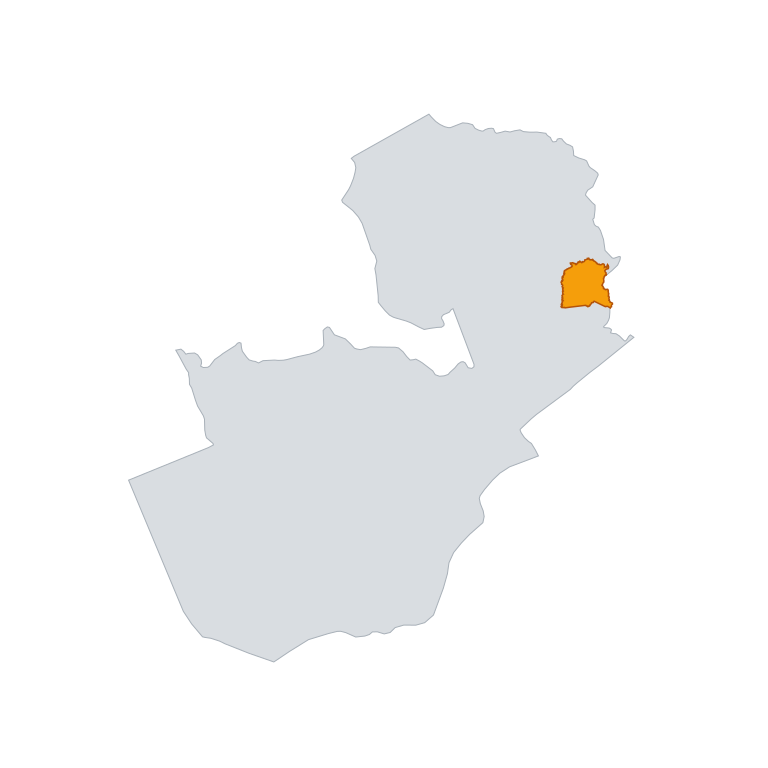 location of Lumezi, Eastern, Zambia, rotated 340°
{"feature_id": "96606910B53587891275683", "entity_name": "Lumezi", "entity_type": "district", "adm_level": 2, "iso_a3": "ZMB", "parent_name": "Zambia", "parent_adm1": "Eastern", "projection": "orthographic", "projection_center": [32.613, -12.696], "detail": "fine", "context": "in_parent", "style": "filled", "palette": "amber", "viewbox_px": 768, "rotation_deg": 340, "n_neighbors": 0, "source": "geoboundaries", "source_scale": "gbopen_adm2", "svg_char_len": 9353}
<svg xmlns="http://www.w3.org/2000/svg" viewBox="0 0 768 768"><g transform="rotate(340 384 384)"><path d="M504.5,504.4L473.6,504.8L462.4,507.4L453.2,511.4L442.4,517.5L436.1,521.8L434.4,524.1L433.6,529.3L433.8,537.1L432.8,542.8L429.5,548.1L413.0,554.6L402.3,559.9L391.8,566.2L383.9,574.2L378.7,584.0L369.9,596.2L351.5,618.0L340.6,622.2L331.4,621.5L320.1,617.3L311.2,616.7L304.8,619.6L298.7,618.9L293.0,614.6L288.3,613.0L284.6,614.4L279.8,614.3L270.9,612.1L263.1,604.6L258.8,601.6L255.6,600.5L246.5,599.5L225.6,598.4L204.1,602.9L185.4,607.5L165.3,591.1L145.8,573.8L141.6,569.4L134.3,563.7L129.1,560.9L127.0,559.5L121.2,543.7L117.7,529.0L111.1,387.0L197.3,383.7L202.9,382.9L203.0,381.4L198.8,373.9L198.9,371.2L199.8,366.1L203.3,355.6L203.4,352.2L201.3,341.0L201.3,334.8L201.9,322.1L201.1,317.8L203.0,312.1L203.6,308.2L204.3,306.6L203.2,302.3L201.0,287.3L199.9,281.0L205.1,281.8L206.9,284.8L208.0,288.2L210.4,288.3L216.6,290.1L218.9,292.9L220.5,298.8L219.7,302.0L217.8,304.5L219.8,306.7L224.0,308.0L226.4,307.5L233.3,303.1L239.7,301.4L243.0,300.3L257.4,297.1L260.2,295.6L262.2,295.5L263.6,296.7L262.5,301.0L262.1,304.8L264.1,311.9L265.5,315.2L268.6,317.6L270.8,318.8L273.3,321.3L278.3,320.7L289.4,324.1L292.8,325.7L297.5,327.2L300.8,327.8L312.2,328.8L324.3,330.5L330.6,330.6L335.0,329.9L338.1,328.8L339.9,327.6L340.8,326.6L345.1,312.9L347.3,311.8L350.3,311.0L352.1,312.2L354.2,320.8L363.1,328.4L366.2,334.8L368.5,340.3L370.4,341.8L373.7,343.7L379.0,344.3L383.7,344.4L407.3,353.4L410.0,355.1L412.9,360.2L414.7,365.9L416.7,370.4L419.7,371.2L422.4,371.5L425.1,374.5L427.2,377.2L434.3,388.3L435.3,392.8L438.8,395.7L443.3,396.9L447.5,397.0L450.0,395.6L455.9,393.2L460.5,390.5L463.9,389.6L466.0,390.1L467.5,391.9L468.6,397.5L471.9,399.4L474.4,398.6L475.3,396.4L475.3,395.3L474.6,336.8L472.5,337.2L469.8,338.9L463.6,339.2L461.2,340.5L460.5,342.3L461.0,344.8L461.1,348.1L460.2,349.6L457.5,350.3L453.6,349.1L446.4,347.5L440.4,346.5L436.1,342.2L430.2,335.7L426.4,332.4L417.1,325.6L415.5,324.3L412.7,321.1L410.2,315.7L407.9,309.4L406.6,305.3L408.7,299.1L413.8,278.8L414.9,272.4L419.3,266.0L419.6,260.2L417.7,252.9L418.1,248.8L418.4,225.6L417.1,218.3L414.0,210.3L407.2,199.1L407.2,196.7L417.3,189.2L420.4,186.3L425.7,180.3L429.2,175.2L431.5,171.1L432.2,165.8L430.4,160.8L433.9,159.7L518.5,145.8L519.8,149.3L522.4,155.0L525.3,159.2L528.9,162.9L532.1,165.1L534.1,165.8L547.2,165.5L551.9,167.7L555.9,170.6L557.0,175.0L559.7,177.8L562.6,179.9L563.8,180.2L566.0,179.6L569.4,179.6L572.7,180.5L574.2,181.5L574.4,185.2L575.4,186.9L579.8,187.5L584.3,187.8L588.6,190.3L593.3,190.7L598.7,191.7L601.3,194.5L607.1,197.2L614.1,199.7L621.9,203.8L622.0,205.1L623.3,207.5L624.7,209.3L624.8,211.8L625.5,214.2L627.4,214.8L629.1,214.9L630.6,213.2L632.7,213.3L634.9,214.4L635.7,217.1L637.5,220.8L640.4,223.3L642.3,225.7L641.6,230.2L640.4,234.2L644.3,238.2L649.3,242.0L650.7,243.7L651.1,249.3L651.8,251.2L655.2,255.9L656.9,259.0L656.8,260.8L647.6,270.1L641.9,271.5L639.4,273.4L637.9,275.4L641.6,284.6L643.5,288.1L641.9,292.5L638.2,299.9L636.5,300.6L636.2,306.2L637.3,308.3L639.1,309.9L639.9,313.8L639.7,323.3L637.4,334.1L641.5,343.5L642.9,344.5L648.6,344.6L649.6,345.4L648.2,348.1L644.2,352.2L636.9,355.4L626.5,359.0L624.3,362.4L622.9,367.3L624.1,370.3L625.4,371.9L625.0,376.3L624.1,380.8L624.4,384.4L623.9,387.6L622.5,389.2L620.7,394.0L618.5,398.8L616.7,401.0L614.1,403.3L610.0,405.2L610.0,406.2L614.7,408.4L615.9,409.9L616.3,411.0L614.4,413.4L616.5,414.9L619.2,416.1L621.6,419.3L624.5,425.4L625.0,426.0L625.8,426.1L627.3,425.4L630.2,423.0L632.3,422.1L634.8,425.6L591.4,440.5L581.2,443.6L566.0,448.9L561.1,450.8L557.2,452.8L517.0,464.7L510.7,467.0L496.5,473.1L496.1,474.1L496.2,476.8L497.6,482.4L500.1,487.4L502.2,490.3L503.7,497.8L504.5,504.4Z" fill="#d9dde1" stroke="#a8b0b8" stroke-width="1"/><path d="M591.9,339.6L591.8,340.4L591.5,340.5L591.4,340.6L591.5,340.9L591.5,341.3L591.6,341.8L591.4,341.9L591.2,341.8L591.0,341.5L590.8,341.6L590.8,341.8L590.9,342.1L590.7,342.5L590.8,342.9L590.4,342.9L590.2,342.9L589.7,343.3L589.6,343.5L588.8,343.9L588.8,344.2L589.1,344.2L589.1,344.4L588.9,344.9L588.6,344.9L588.2,344.6L588.1,345.2L587.5,345.3L587.5,345.5L587.7,346.1L587.7,346.7L587.0,347.2L587.1,347.3L587.4,347.3L587.6,347.4L587.6,347.6L587.4,347.7L586.5,347.7L586.3,347.9L586.6,348.3L586.6,348.5L586.3,348.5L585.7,348.4L585.4,348.9L585.2,349.1L585.2,349.4L585.4,350.3L585.1,350.9L585.0,351.1L585.3,351.5L585.6,351.8L585.7,352.2L585.6,352.5L585.4,353.0L584.8,353.2L584.7,353.4L584.8,353.9L584.7,354.4L585.2,354.8L585.3,355.0L585.1,355.1L584.7,355.0L584.5,355.4L584.7,355.9L584.2,356.3L584.2,356.5L584.3,357.0L583.6,357.7L583.7,357.8L584.2,357.9L584.3,358.1L584.0,358.3L583.7,358.4L583.4,358.6L583.2,359.0L583.1,359.8L582.9,360.1L583.2,360.9L582.5,360.9L582.3,361.3L581.5,361.8L581.5,362.1L581.8,362.2L581.8,362.3L581.5,362.3L581.4,362.4L581.4,362.9L581.3,363.2L580.9,363.6L580.8,363.8L580.9,364.2L580.8,364.4L581.3,364.3L581.2,364.7L580.9,364.7L580.7,365.3L580.4,365.3L580.4,365.5L580.1,365.7L580.2,365.8L580.5,365.7L580.5,366.1L580.7,366.3L580.6,366.5L580.8,367.0L580.6,367.0L580.2,366.5L579.9,366.6L579.8,366.9L580.0,367.3L579.8,367.6L579.5,367.8L579.4,367.9L579.5,368.4L579.4,368.6L579.2,368.7L578.8,368.8L578.6,369.0L578.7,369.5L578.2,369.8L577.9,369.7L577.8,369.8L577.8,370.0L578.3,370.0L578.6,370.1L578.8,370.4L578.8,370.7L578.6,370.9L578.3,371.0L577.7,370.8L577.6,371.0L578.0,371.4L578.0,371.7L577.8,371.8L577.6,372.1L577.1,371.9L576.8,372.0L577.2,372.9L577.4,372.9L577.4,373.0L577.7,373.2L578.3,373.3L578.6,373.5L579.0,373.6L579.2,373.8L579.5,373.8L579.6,373.7L580.0,373.9L580.1,374.3L580.3,374.4L585.4,375.5L600.3,379.0L600.6,379.2L600.6,379.4L600.8,379.5L600.9,379.9L601.1,380.0L601.3,380.0L601.7,380.2L601.7,380.5L601.9,380.6L601.9,381.0L602.3,381.1L602.6,381.1L602.7,380.8L602.8,380.8L603.4,381.0L603.6,380.9L603.6,381.0L603.8,381.0L604.2,380.8L604.2,380.7L604.4,380.7L604.7,380.3L604.8,380.2L604.9,379.9L605.1,379.9L605.3,379.8L605.6,379.7L606.4,379.4L606.5,379.2L606.9,378.6L607.6,378.6L607.8,378.7L607.9,378.9L608.4,379.0L608.6,378.9L609.5,378.1L609.8,378.1L618.4,387.0L618.8,387.1L619.0,387.0L620.8,387.6L622.7,390.0L623.1,389.6L623.5,389.3L624.1,389.2L624.0,388.9L624.3,388.7L624.6,387.8L625.1,387.4L626.0,387.1L626.3,386.2L625.8,385.5L625.3,385.2L625.1,384.9L624.7,384.8L624.4,384.5L624.4,384.1L624.6,383.7L624.5,383.3L624.4,383.1L624.3,382.4L624.1,382.3L624.6,381.8L624.4,381.1L624.5,380.7L624.9,380.3L625.0,379.9L625.2,379.7L625.3,379.4L625.3,378.8L624.8,378.4L624.8,378.2L625.0,377.9L625.1,378.0L625.2,377.6L625.4,377.4L625.3,377.2L625.6,376.6L625.9,376.4L626.1,376.1L625.9,375.5L626.1,375.1L626.1,374.8L626.4,373.8L626.3,373.4L626.7,373.0L626.8,372.3L626.5,371.9L626.5,371.5L625.8,371.2L625.4,371.3L624.7,371.1L624.3,371.1L624.2,371.0L623.8,370.2L623.3,369.9L623.2,369.6L622.9,369.4L623.3,368.6L623.3,368.2L623.1,367.6L622.9,367.0L622.9,366.5L622.8,366.3L622.5,365.8L622.6,365.6L623.0,365.5L624.3,364.0L625.2,363.6L625.4,363.3L625.5,362.8L625.9,362.4L625.9,361.8L626.0,361.5L626.0,361.2L626.4,360.2L626.4,359.9L626.7,359.9L627.2,359.1L627.4,358.9L627.4,358.7L628.0,358.1L628.4,357.9L628.6,357.7L628.9,357.7L629.1,357.4L629.4,357.3L629.7,357.1L629.9,357.3L629.9,357.7L630.0,357.7L630.2,357.3L630.1,357.1L630.5,357.0L630.4,356.6L630.4,356.1L630.7,355.4L630.2,354.4L630.2,353.3L630.3,352.9L631.2,352.6L631.5,352.2L634.2,352.3L634.3,352.2L634.7,351.6L635.2,350.3L635.1,349.6L635.3,349.2L635.2,348.9L634.8,348.6L634.7,348.5L634.7,348.4L634.5,348.6L634.1,349.0L633.7,349.8L633.2,350.6L633.0,350.2L632.7,349.9L632.1,349.7L631.4,349.8L631.1,349.8L631.8,349.0L631.4,348.4L631.8,347.4L631.7,346.8L631.5,346.5L630.9,346.0L630.6,345.9L629.7,346.0L629.2,346.1L628.7,346.2L628.1,346.0L627.6,345.6L627.5,345.2L627.2,345.1L627.0,345.3L626.8,345.2L626.6,344.9L626.2,344.6L625.9,344.5L625.6,344.0L625.4,343.9L625.5,343.4L625.2,343.3L625.0,343.1L625.0,342.9L624.8,342.5L624.9,342.2L624.6,341.9L624.1,340.9L623.9,340.6L623.7,340.6L623.6,340.4L623.3,340.3L623.1,339.5L623.0,339.4L622.9,338.8L622.6,338.9L622.5,338.3L622.2,338.4L622.2,338.2L621.7,338.2L621.6,338.5L621.6,338.3L621.2,338.1L620.8,338.1L620.6,337.8L620.4,337.8L620.2,337.7L619.9,337.6L619.9,337.4L619.7,337.3L619.6,336.7L619.4,336.7L619.1,336.5L619.1,336.2L618.9,335.8L619.2,335.9L619.3,335.8L619.0,335.6L618.5,335.7L618.0,336.2L617.9,336.1L617.6,336.1L617.4,336.0L617.0,336.0L616.5,336.2L616.0,336.2L615.6,336.3L615.0,336.1L614.9,336.3L614.8,336.7L614.2,337.3L613.7,337.4L612.7,337.4L612.4,337.0L611.8,337.6L611.6,337.6L611.4,337.4L611.2,337.4L611.2,337.0L610.7,336.9L610.4,336.3L610.1,336.3L610.0,335.6L609.8,335.7L609.6,335.7L609.4,335.8L608.6,335.8L608.6,336.0L608.4,335.9L608.3,336.2L607.9,336.0L607.7,336.3L607.4,336.6L607.1,336.5L606.9,336.6L606.7,336.7L606.6,336.9L606.0,337.4L605.8,337.4L605.7,337.3L605.4,337.5L605.1,337.4L605.2,337.2L605.3,336.8L605.2,336.5L604.7,336.4L604.6,336.0L604.4,335.8L603.7,335.7L603.5,335.4L603.2,335.2L603.1,334.8L603.0,334.6L602.1,334.4L601.9,334.4L601.7,334.4L601.5,334.5L600.9,334.2L600.8,334.5L600.6,334.6L600.4,334.4L600.3,334.7L600.5,335.7L600.8,335.9L601.0,335.8L601.2,336.2L601.2,337.3L601.0,337.7L600.9,337.6L600.4,337.9L600.0,338.2L599.6,338.2L599.0,338.4L598.6,338.3L598.0,338.6L597.2,338.3L595.9,338.8L595.6,338.5L595.3,338.5L594.6,339.0L594.4,339.0L594.2,338.9L593.0,339.1L592.4,339.7L592.2,339.4L591.9,339.6Z" fill="#f59e0b" stroke="#b45309" stroke-width="1.5"/></g></svg>